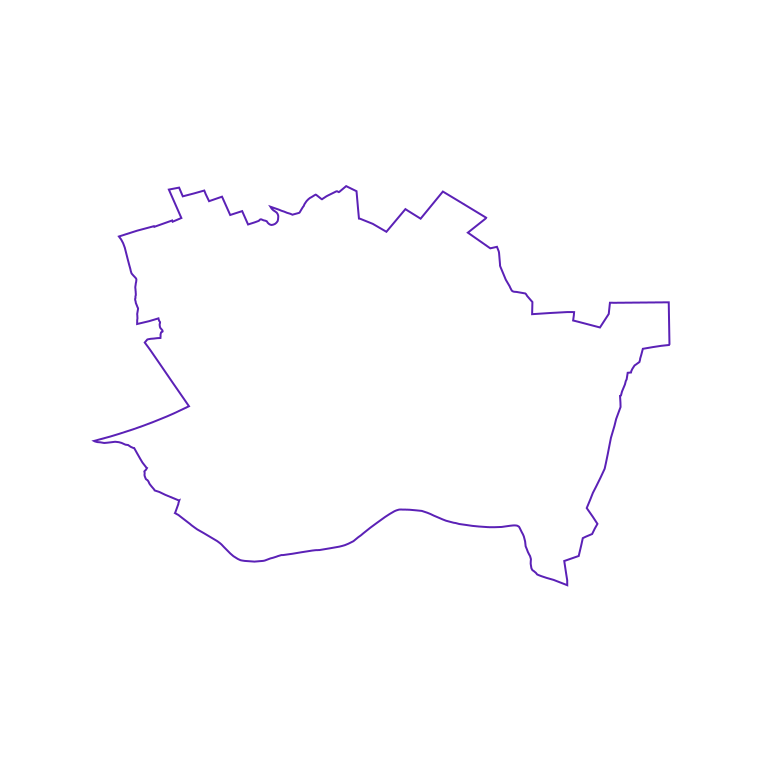 outline of Vetis, Satu Mare, Romania, rotated 168°
{"feature_id": "2599482B41100527778535", "entity_name": "Vetis", "entity_type": "district", "adm_level": 2, "iso_a3": "ROU", "parent_name": "Romania", "parent_adm1": "Satu Mare", "projection": "natural_earth1", "projection_center": [22.756, 47.784], "detail": "fine", "context": "isolated", "style": "outline", "palette": "violet", "viewbox_px": 768, "rotation_deg": 168, "n_neighbors": 0, "source": "geoboundaries", "source_scale": "gbopen_adm2", "svg_char_len": 5527}
<svg xmlns="http://www.w3.org/2000/svg" viewBox="0 0 768 768"><g transform="rotate(168 384 384)"><path d="M458.2,581.0L457.7,579.6L457.3,578.7L456.8,577.9L456.1,576.9L454.6,575.4L453.3,573.9L452.8,572.7L452.6,571.7L452.5,570.5L452.6,569.8L452.8,569.1L453.4,567.1L453.9,566.0L454.3,565.3L455.6,564.2L457.0,563.4L458.0,563.1L459.3,562.9L460.3,562.9L461.2,563.0L462.4,563.7L463.4,564.7L464.2,565.9L464.5,566.7L464.9,567.6L466.5,568.6L467.5,569.0L468.3,569.5L469.7,570.5L470.3,570.7L471.0,570.6L471.5,570.4L471.9,570.0L472.7,569.6L476.9,569.0L483.8,568.3L486.8,582.6L499.3,581.3L503.5,600.9L517.1,599.2L519.0,607.1L519.2,608.5L519.6,610.6L530.5,609.9L541.8,609.4L543.6,618.7L554.0,618.9L547.7,588.5L557.0,586.7L557.2,588.0L576.0,585.5L576.2,586.2L593.6,585.3L612.6,583.4L611.1,580.1L609.9,576.0L609.2,571.2L608.7,558.4L608.6,556.4L608.5,554.1L608.2,549.2L608.2,547.3L608.1,546.2L608.0,545.1L607.9,544.6L607.4,543.6L606.3,541.7L605.5,540.4L604.6,538.8L604.5,538.2L604.5,537.6L604.7,536.9L605.0,536.1L605.2,535.4L605.8,534.2L606.3,532.7L606.8,531.4L607.0,530.9L607.2,530.2L607.3,529.3L607.4,528.2L607.6,527.1L607.7,525.8L607.9,524.9L608.0,523.9L608.3,522.5L608.8,521.6L609.1,520.7L609.2,519.8L609.7,519.1L609.9,518.1L609.8,516.2L609.9,514.8L609.6,513.2L609.1,510.2L608.9,509.5L608.9,508.8L610.9,503.7L611.0,502.6L611.5,499.5L612.1,497.9L613.0,494.0L600.7,494.3L595.6,494.7L591.0,495.1L591.0,494.1L590.8,492.8L590.6,492.0L590.2,491.1L590.4,490.3L591.0,489.2L591.2,488.0L591.3,486.4L591.0,485.0L590.4,484.1L589.6,482.5L589.6,481.5L589.9,481.2L590.5,481.2L591.3,480.8L591.7,480.1L592.3,478.8L592.6,477.2L593.1,475.5L596.4,476.0L599.7,476.3L602.7,476.7L605.5,476.8L606.3,476.7L609.4,474.3L607.1,469.3L605.6,465.9L600.6,453.9L596.1,443.0L590.5,429.4L583.5,412.7L579.4,402.8L595.8,398.9L603.1,397.4L609.8,396.2L617.8,394.8L629.0,393.1L639.0,391.8L653.5,390.3L662.8,389.5L679.5,388.6L678.8,388.0L676.5,386.8L673.5,385.9L670.0,384.5L667.7,384.2L663.7,383.8L659.0,383.4L655.4,382.2L652.9,380.9L649.5,378.4L647.0,377.5L644.8,375.2L642.3,373.4L641.7,373.3L639.9,367.5L637.9,361.2L636.6,357.4L633.8,351.6L633.3,351.1L634.7,349.6L636.4,348.5L636.6,348.3L636.6,348.0L636.6,346.9L636.7,346.4L636.8,346.0L637.2,344.8L637.2,343.5L636.7,340.6L636.0,339.7L635.4,339.2L634.7,337.7L634.2,335.4L633.7,334.2L632.5,331.8L630.7,328.5L630.5,327.6L626.2,325.1L620.9,321.0L608.8,312.7L608.4,312.8L609.8,310.3L610.1,309.4L615.0,301.5L615.3,301.2L612.2,298.5L611.4,297.5L609.2,294.9L602.9,287.5L601.6,285.8L599.2,283.1L596.9,280.6L591.5,275.8L579.8,265.0L577.6,262.5L576.3,260.8L574.6,258.0L572.1,254.1L569.6,250.2L567.1,246.9L563.4,243.3L561.0,241.5L559.4,240.8L557.0,239.9L547.6,237.2L538.9,236.1L537.3,236.1L531.4,237.0L528.8,237.1L524.8,237.5L524.3,237.6L523.7,237.7L520.0,238.0L518.6,237.7L517.4,237.6L511.8,237.2L509.1,237.0L506.8,236.9L499.8,236.6L494.4,236.3L488.9,236.0L485.6,235.7L481.7,235.0L470.4,234.5L461.6,234.2L458.6,234.3L455.8,234.5L452.0,235.2L446.6,236.6L441.0,239.5L438.0,240.8L435.2,242.3L430.0,244.9L427.2,246.3L419.9,249.6L410.6,253.7L405.4,255.7L400.2,257.4L398.1,257.8L395.5,258.0L394.5,257.9L388.0,256.4L385.2,255.7L379.0,253.8L373.4,252.0L368.3,249.0L365.5,247.1L362.8,245.0L357.8,241.5L355.0,239.5L351.8,237.4L344.7,233.8L342.8,233.1L339.5,231.4L333.4,229.2L327.2,226.9L320.9,224.9L316.0,223.5L311.8,222.3L306.5,221.1L298.6,219.7L292.7,219.3L289.9,219.1L287.1,218.8L285.5,218.5L284.1,218.1L283.0,217.6L281.6,216.3L281.1,214.6L280.1,210.6L279.3,207.9L278.9,205.7L278.7,200.7L279.2,195.8L278.6,192.6L278.2,189.9L277.5,187.2L276.9,185.3L276.7,182.1L277.3,180.1L277.9,177.7L278.1,173.7L278.1,172.9L277.5,171.0L276.3,169.8L275.5,168.7L274.8,167.9L273.8,165.9L272.6,165.0L270.0,163.3L265.4,160.6L258.8,157.1L256.2,155.4L253.6,153.7L248.4,150.3L246.6,149.1L245.6,154.0L245.3,159.9L244.9,166.7L244.5,173.4L237.3,174.3L229.3,175.3L226.7,180.8L224.3,185.9L221.6,191.9L218.3,192.7L211.6,194.0L208.0,198.6L204.3,202.8L207.4,210.8L209.3,215.3L211.5,220.5L206.4,227.9L202.3,234.1L201.4,235.2L197.9,239.5L191.9,247.1L185.8,255.2L183.7,259.8L179.8,268.7L175.9,277.9L173.2,284.2L167.3,295.1L164.2,301.5L161.5,305.8L157.4,312.3L156.6,316.6L155.6,323.3L154.6,323.5L152.8,327.1L148.4,333.5L146.9,336.6L145.7,338.1L143.3,344.3L140.0,343.9L139.3,345.4L137.8,347.3L135.1,350.0L129.6,352.4L128.5,354.5L128.2,355.5L126.3,359.0L123.5,364.6L115.8,364.3L113.3,364.2L104.8,363.7L97.1,362.9L96.5,363.6L88.5,404.7L141.1,415.4L146.1,416.5L149.6,405.8L158.0,397.4L161.0,394.4L181.3,404.6L185.8,406.8L184.1,411.5L183.1,414.8L189.4,416.2L206.7,418.9L224.6,421.5L221.8,433.3L225.0,439.1L225.8,440.6L226.3,442.2L227.0,443.2L235.2,446.5L237.6,447.2L238.8,447.9L239.6,448.8L240.5,452.0L240.8,453.5L243.2,460.7L244.4,467.2L245.8,474.6L245.9,475.7L245.8,476.1L245.7,476.5L244.2,488.4L244.2,490.0L245.0,494.7L251.8,494.6L252.1,494.9L252.1,495.0L252.3,495.1L270.5,514.6L250.4,524.6L249.7,525.1L249.5,525.4L274.3,548.7L286.4,560.0L313.8,538.1L324.1,548.0L326.7,550.6L350.0,532.4L361.7,543.0L373.0,550.6L374.1,551.0L373.0,560.4L370.8,578.3L379.9,585.4L387.8,581.2L388.3,581.1L389.9,582.3L390.3,582.3L390.8,582.3L392.3,581.9L399.4,580.1L401.2,579.6L403.5,578.7L405.1,578.1L406.1,577.6L406.3,577.6L406.6,577.8L410.9,583.0L411.4,583.4L412.3,583.2L413.8,582.7L414.8,582.3L416.3,581.8L417.7,581.4L419.5,580.5L421.6,579.1L422.8,578.0L424.6,576.2L425.4,574.9L426.6,573.9L428.4,572.0L430.9,569.3L431.3,569.1L432.1,569.0L437.7,568.7L438.2,568.6L438.6,568.8L440.1,569.9L443.4,571.7L445.7,573.3L448.3,574.8L450.6,576.4L458.2,581.0Z" fill="none" stroke="#5b21b6" stroke-width="2"/></g></svg>